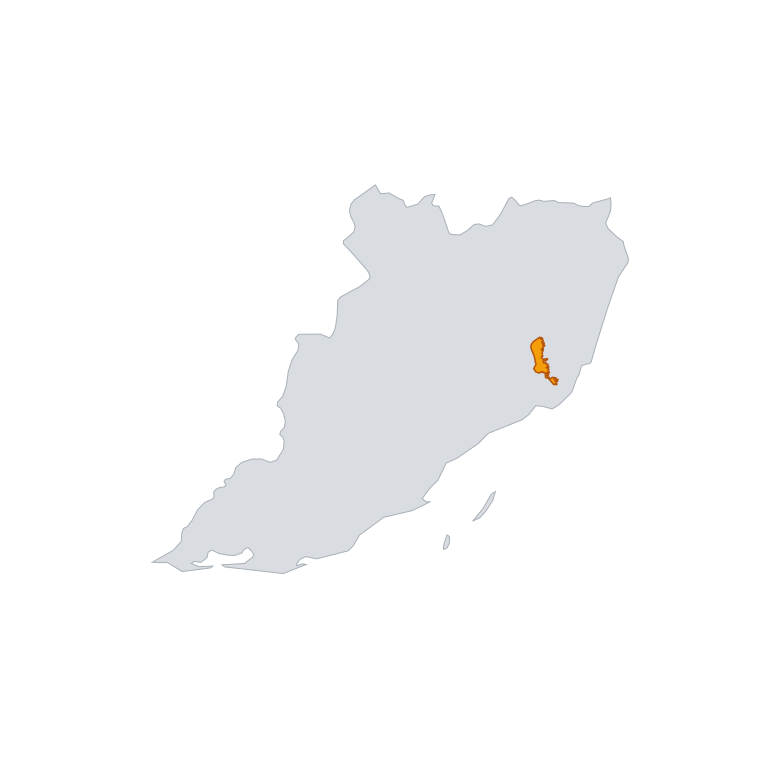 El Progreso, Yoro, Honduras (highlighted), rotated 147°
{"feature_id": "27666195B1726460774022", "entity_name": "El Progreso", "entity_type": "district", "adm_level": 2, "iso_a3": "HND", "parent_name": "Honduras", "parent_adm1": "Yoro", "projection": "mercator", "projection_center": [-87.816, 15.474], "detail": "fine", "context": "in_parent", "style": "filled", "palette": "amber", "viewbox_px": 768, "rotation_deg": 147, "n_neighbors": 0, "source": "geoboundaries", "source_scale": "gbopen_adm2", "svg_char_len": 7575}
<svg xmlns="http://www.w3.org/2000/svg" viewBox="0 0 768 768"><g transform="rotate(147 384 384)"><path d="M675.4,360.7L651.2,359.3L639.8,362.3L634.8,369.1L630.5,372.1L626.9,371.4L619.7,374.0L608.8,380.0L598.9,382.3L590.1,380.9L587.6,382.3L586.9,384.3L585.5,386.2L582.1,387.2L578.2,386.7L573.8,384.6L571.5,385.5L571.2,389.4L568.9,390.5L564.4,388.6L559.3,390.0L553.7,394.7L545.8,395.7L535.6,393.0L527.7,387.9L522.2,380.4L515.5,378.6L503.8,384.1L498.8,390.6L497.8,394.6L498.9,398.2L496.8,400.6L491.3,401.8L487.2,406.2L484.4,413.8L483.8,419.7L485.5,423.8L482.8,426.9L475.7,428.8L467.2,435.4L457.5,446.6L447.9,454.4L438.3,458.8L433.7,463.7L434.0,469.1L433.4,470.8L431.6,471.4L428.5,472.1L410.0,460.4L404.6,452.2L400.0,453.5L394.2,457.6L386.1,466.8L377.3,479.3L373.0,480.7L351.1,478.9L339.5,480.0L337.1,481.7L336.0,486.2L336.7,492.4L339.9,514.4L341.7,523.5L339.9,526.3L334.0,526.7L326.4,528.0L322.2,532.1L321.2,536.4L320.8,542.4L318.4,548.5L313.6,552.9L308.9,554.5L282.8,555.7L283.3,545.5L275.7,541.4L271.4,532.9L267.7,527.2L268.9,523.7L268.6,519.6L257.9,516.5L248.0,519.0L242.2,517.4L238.0,515.2L245.3,510.1L245.8,507.1L243.4,504.9L241.1,503.4L241.8,497.7L243.2,491.0L247.3,475.2L245.8,472.5L239.1,467.7L230.7,467.3L221.4,468.7L216.9,466.3L213.0,460.9L206.4,458.3L194.6,462.6L182.2,469.2L178.4,471.5L175.2,471.2L173.8,466.3L173.2,460.6L172.4,459.1L165.8,457.1L158.0,455.6L154.1,454.0L150.4,450.1L141.1,445.0L139.0,441.2L126.6,432.6L124.1,428.3L121.3,425.2L115.3,421.2L110.7,422.2L95.0,417.2L92.6,416.8L94.8,412.4L99.7,405.7L110.5,398.3L111.4,392.2L108.6,380.6L105.7,373.1L107.3,369.7L110.6,356.2L113.2,353.0L128.9,346.2L130.3,345.2L142.6,335.6L156.3,325.0L170.5,313.2L186.3,300.1L195.1,292.4L199.1,289.1L208.3,291.8L215.4,285.6L219.6,283.5L229.3,276.0L232.3,274.4L248.6,271.3L256.4,271.4L263.3,279.0L268.8,283.1L279.0,279.5L287.6,278.8L323.2,285.8L337.3,282.7L363.3,282.0L374.9,283.8L391.4,273.8L402.0,271.8L414.4,267.1L412.8,262.4L409.8,260.2L428.7,262.3L456.9,272.4L487.0,270.6L497.8,265.1L504.8,263.6L535.6,274.0L543.7,281.9L550.0,282.7L555.0,280.9L556.3,279.2L550.2,277.5L547.5,275.0L571.7,279.9L617.4,317.5L618.3,320.6L598.8,309.5L588.5,310.3L585.8,312.1L586.4,318.2L587.4,321.0L591.8,321.4L595.1,319.7L603.1,321.7L608.4,325.7L614.9,331.9L618.8,338.6L623.0,338.7L627.1,334.7L634.8,334.2L639.9,338.7L643.4,338.5L638.5,331.5L626.7,324.5L629.5,324.2L655.5,336.7L662.9,352.4L669.0,356.0L675.4,360.7ZM369.0,225.6L353.9,233.2L349.2,233.1L356.1,227.2L367.3,222.1L376.7,219.6L384.4,220.7L369.0,225.6ZM420.5,217.4L413.4,223.1L412.1,220.6L415.5,215.3L419.9,212.3L424.0,212.6L423.0,214.9L420.5,217.4Z" fill="#d9dde1" stroke="#a8b0b8" stroke-width="1"/><path d="M241.6,290.8L241.4,290.9L241.1,291.0L240.8,290.8L240.6,290.7L240.4,290.1L240.2,289.9L240.1,289.7L239.9,289.6L239.5,289.5L239.4,289.5L239.0,289.9L239.0,290.2L239.1,290.8L239.1,291.0L238.8,291.4L238.4,291.6L237.1,291.9L236.8,292.0L236.5,292.2L235.9,292.8L235.8,293.0L235.7,293.2L235.7,293.3L235.9,293.3L236.2,293.0L236.4,293.0L236.7,293.1L237.0,293.3L237.4,293.4L237.6,293.4L237.8,293.2L238.0,293.1L238.2,292.9L238.4,292.7L238.6,292.8L238.8,292.9L238.9,293.1L238.9,293.3L238.9,293.6L238.7,293.7L238.4,293.6L238.2,293.5L237.6,293.6L237.3,293.7L237.0,294.1L236.8,294.6L236.6,295.0L236.5,295.4L236.6,295.7L236.7,295.8L236.9,296.0L237.3,296.2L237.4,296.4L237.6,296.5L237.8,296.4L238.0,296.0L238.2,295.5L238.3,295.4L238.5,295.3L238.8,295.4L238.9,295.5L238.9,295.8L238.8,296.0L238.4,296.5L238.3,296.9L238.4,297.1L238.5,297.3L238.9,297.8L239.2,297.9L239.6,298.0L239.8,298.0L240.1,297.9L240.6,297.8L241.0,297.7L241.4,297.7L241.8,297.9L242.0,297.9L242.2,298.3L242.2,298.5L242.1,298.8L241.9,299.5L241.9,299.9L242.0,300.0L242.5,300.4L242.6,300.5L242.8,300.9L242.8,301.1L242.7,301.3L242.6,301.5L242.7,302.3L242.4,302.4L241.8,302.0L241.6,301.9L241.4,301.9L241.2,301.9L241.1,302.0L240.9,302.3L240.8,302.5L240.9,302.8L241.1,303.1L241.4,303.6L241.6,304.0L242.0,304.3L242.0,304.6L241.7,304.8L241.4,304.9L241.1,304.7L240.9,304.3L240.8,304.0L240.5,303.8L239.8,303.4L239.6,303.4L239.4,303.4L239.1,303.5L238.8,304.0L238.9,304.4L239.3,304.9L239.4,305.2L239.5,305.4L239.4,305.7L239.3,305.9L239.1,306.0L238.4,306.2L238.1,306.2L237.9,306.4L237.8,306.6L237.8,307.3L238.0,307.9L238.1,308.1L238.2,308.3L238.6,308.6L238.8,308.8L238.9,309.0L238.8,309.3L238.8,309.5L238.6,309.6L238.3,309.6L238.1,309.4L237.9,309.3L237.5,308.7L237.4,308.6L237.2,308.5L236.9,308.5L236.6,308.5L236.4,308.6L236.3,308.8L236.6,309.2L236.7,309.5L236.8,309.8L236.8,310.1L236.6,310.3L236.0,310.7L235.9,310.9L235.8,311.1L235.9,311.5L236.1,311.7L236.2,311.8L236.6,311.9L236.8,312.0L237.0,312.1L237.2,312.3L237.2,312.5L236.7,313.4L236.7,313.6L236.7,313.8L236.8,313.9L236.9,314.0L237.6,314.1L238.0,314.2L238.2,314.3L238.4,314.5L238.6,314.8L238.6,315.2L238.6,315.5L238.4,315.8L238.0,316.2L237.8,316.3L237.7,316.5L237.6,316.8L237.4,317.2L237.1,317.4L236.9,317.4L236.7,317.4L236.5,317.2L236.4,316.6L236.5,316.2L236.5,315.8L236.4,315.7L236.1,315.4L235.8,315.4L235.3,315.4L234.9,315.5L233.9,315.5L233.7,315.5L233.4,315.7L233.3,315.8L233.2,316.0L233.3,316.2L233.3,316.4L233.5,316.5L233.9,316.7L234.6,316.9L235.3,317.1L236.0,317.6L236.4,317.8L236.7,317.9L237.0,318.0L237.1,318.3L237.2,318.8L237.3,319.2L237.6,319.9L237.6,320.3L237.6,320.6L237.5,320.8L237.4,320.9L237.2,321.0L236.9,321.1L236.7,321.1L235.9,320.8L235.7,320.8L235.6,321.0L235.7,321.3L235.1,322.4L234.9,323.2L234.8,323.4L234.7,323.6L233.5,324.7L233.0,325.1L232.7,325.2L232.5,325.4L232.1,325.6L231.9,325.8L231.8,326.0L231.9,326.3L232.1,326.4L232.2,326.5L232.5,326.6L233.0,326.6L233.3,326.7L233.3,326.8L233.3,327.1L233.2,327.4L233.0,327.5L232.8,327.5L232.6,327.5L232.2,327.4L231.9,327.1L231.6,326.5L231.4,326.5L231.2,326.6L231.1,326.8L231.1,327.1L231.1,327.5L231.1,327.9L230.9,328.3L230.6,328.6L230.4,328.7L229.8,328.5L229.1,328.4L228.8,328.4L228.5,328.5L228.4,328.6L228.2,328.8L228.3,329.0L228.5,329.4L228.6,329.5L228.8,329.7L229.2,329.8L229.3,329.8L229.4,330.0L229.5,330.2L229.4,330.4L229.3,330.6L229.2,330.7L228.7,330.5L228.5,330.4L228.1,330.5L227.9,330.5L227.7,330.7L227.4,331.0L227.3,331.5L227.6,331.8L228.0,331.9L228.5,331.9L228.7,332.0L228.9,332.2L228.9,332.3L228.9,332.5L228.9,333.1L228.8,333.3L228.7,333.5L228.1,333.6L227.9,333.6L227.7,333.6L227.1,333.4L226.9,333.4L226.8,333.5L226.9,334.1L227.0,334.3L226.9,334.7L226.7,335.0L226.4,335.3L226.3,335.5L226.4,335.9L226.5,336.1L226.4,336.6L226.5,336.9L226.5,337.0L226.8,337.2L227.2,336.8L227.5,336.4L227.7,336.2L227.8,336.2L227.9,336.3L228.0,336.4L228.0,336.5L228.0,336.8L227.6,337.3L227.6,337.5L227.6,337.8L228.0,337.9L228.1,338.0L228.2,338.4L235.8,338.2L238.8,337.0L238.9,336.9L240.0,335.9L241.2,333.9L242.1,329.8L242.5,327.6L242.5,326.7L244.1,322.1L244.3,321.8L244.5,321.4L244.8,320.9L245.0,320.3L245.3,319.7L245.4,319.1L245.5,318.6L245.5,318.4L245.7,317.8L245.8,317.7L250.0,315.4L250.1,313.6L250.1,313.2L250.1,312.7L250.0,312.4L250.1,312.1L250.1,311.5L248.3,309.1L248.2,309.0L248.2,308.9L247.9,308.8L247.7,308.7L247.7,308.8L247.6,308.6L247.3,308.5L247.2,308.7L246.9,308.7L246.7,308.7L246.0,308.4L245.7,308.2L245.4,308.2L245.2,308.2L245.0,307.9L244.9,308.0L244.8,307.8L244.5,307.8L244.3,307.8L244.1,307.8L244.1,307.7L244.1,307.4L244.3,306.9L244.1,306.6L243.5,306.1L243.3,306.0L243.1,306.0L243.0,305.9L242.8,305.6L242.7,305.4L243.0,305.0L243.3,304.8L243.4,304.6L243.4,304.3L243.6,304.1L243.6,303.8L243.9,303.3L244.0,303.2L244.4,302.8L244.5,302.3L244.8,301.5L244.8,301.1L244.8,300.9L244.7,300.8L244.4,300.5L244.2,300.4L243.6,300.4L243.5,300.0L243.1,299.6L243.1,299.3L242.5,295.1L242.0,291.4L241.9,291.1L241.6,290.8Z" fill="#f59e0b" stroke="#b45309" stroke-width="1.5"/></g></svg>